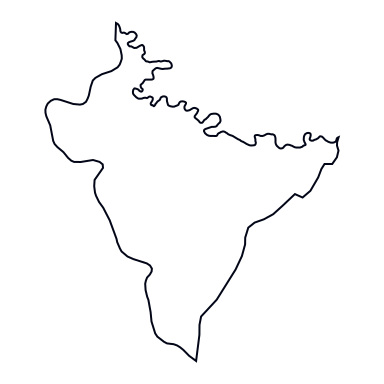 the district of Kim Hyong Jik, Ryanggang, North Korea
{"feature_id": "82179303B57298285068990", "entity_name": "Kim Hyong Jik", "entity_type": "district", "adm_level": 2, "iso_a3": "PRK", "parent_name": "North Korea", "parent_adm1": "Ryanggang", "projection": "equal_earth", "projection_center": [127.249, 41.385], "detail": "fine", "context": "isolated", "style": "outline", "palette": "ink", "viewbox_px": 384, "rotation_deg": 0, "n_neighbors": 0, "source": "geoboundaries", "source_scale": "gbopen_adm2", "svg_char_len": 5900}
<svg xmlns="http://www.w3.org/2000/svg" viewBox="0 0 384 384"><path d="M177.0,345.4L180.1,347.3L183.3,349.9L189.1,355.8L196.1,361.0L199.4,334.9L199.5,324.9L201.1,316.5L216.7,299.7L235.6,269.5L241.9,256.1L245.1,244.4L245.2,237.7L248.3,227.6L254.6,222.6L263.9,219.3L273.2,214.2L282.5,205.8L294.9,194.1L302.6,197.5L310.4,190.8L318.2,177.4L321.4,169.0L324.5,164.0L332.2,164.0L336.9,157.3L338.5,150.6L337.0,145.6L337.1,142.2L338.6,137.2L337.7,137.6L337.0,138.2L336.7,138.8L336.3,140.4L335.8,141.4L334.8,142.1L333.7,142.5L332.8,142.7L330.6,142.6L329.1,142.1L328.1,141.7L326.8,140.9L326.1,140.6L325.5,140.1L324.9,139.6L323.3,137.8L321.9,136.6L320.3,136.3L319.9,136.4L319.6,136.6L318.0,138.3L316.3,139.2L315.8,139.5L314.5,139.8L312.9,140.7L311.5,140.7L310.2,140.2L309.7,139.4L309.7,138.7L310.4,136.8L310.7,135.2L310.6,134.2L310.4,133.7L309.8,133.2L309.0,133.0L308.4,132.9L307.4,133.0L306.7,133.2L305.3,134.0L304.4,135.4L304.1,136.2L304.0,136.7L303.9,137.0L303.7,139.8L304.5,142.1L305.5,144.0L305.6,144.6L305.5,144.9L305.2,145.1L303.6,145.6L303.2,145.8L302.8,146.3L302.3,146.7L300.2,147.5L296.1,147.5L295.0,147.3L293.6,146.7L292.1,145.8L291.3,145.6L289.6,144.9L287.5,144.6L286.2,144.9L285.0,145.7L284.5,146.1L283.3,147.6L282.7,148.1L282.0,148.3L280.8,148.5L279.9,148.3L279.1,147.9L276.9,145.9L276.4,145.2L275.8,143.9L275.5,142.6L275.5,138.6L275.4,137.8L275.0,136.2L274.3,135.1L273.4,134.6L272.6,134.3L271.7,134.4L268.9,133.8L267.8,133.8L266.4,134.2L264.3,135.4L262.5,136.0L260.5,135.9L258.8,135.2L257.5,135.0L255.9,135.1L255.1,135.4L254.9,135.6L254.8,135.9L254.7,136.8L255.4,139.2L255.4,141.1L255.8,142.3L255.8,143.0L255.6,144.0L255.0,144.9L254.7,145.1L253.9,145.3L251.1,145.5L250.2,145.4L249.1,145.1L246.5,143.9L243.1,141.8L242.8,141.8L240.9,140.9L239.9,140.0L238.0,139.2L233.1,136.2L231.8,135.6L230.7,135.3L229.2,134.7L228.0,134.1L226.9,133.1L225.9,132.6L224.9,131.9L223.8,131.5L223.1,131.4L221.6,131.8L220.9,132.0L219.7,132.8L218.5,133.3L217.8,134.0L217.2,135.2L216.9,135.6L216.1,136.0L210.1,135.9L209.1,135.8L207.3,135.1L206.7,134.7L205.0,133.2L204.0,131.2L204.0,130.6L204.3,129.8L204.9,129.3L205.7,128.9L211.6,126.9L214.9,126.8L216.3,126.3L216.7,126.0L217.1,125.3L218.7,123.5L219.8,122.6L220.5,121.0L220.5,120.4L220.4,119.4L219.9,117.0L219.7,116.5L218.7,115.1L217.8,114.4L217.1,114.1L216.0,113.7L213.3,113.7L211.9,113.9L210.7,114.2L210.0,114.7L209.3,115.3L208.1,116.9L206.3,118.6L205.6,119.3L204.6,119.7L204.3,120.0L202.7,122.3L202.2,122.7L201.7,122.8L200.7,122.8L200.0,122.5L199.6,122.1L198.8,121.0L197.9,120.1L195.2,117.9L194.9,117.6L194.6,117.0L194.8,116.0L197.1,113.0L197.7,111.5L198.0,111.1L198.2,110.4L198.1,109.7L197.8,109.4L196.6,108.5L195.4,108.1L194.6,107.9L193.5,108.0L192.7,108.3L189.5,110.2L187.4,110.7L186.3,110.6L185.7,110.3L184.9,109.3L184.6,108.7L184.5,108.2L184.4,107.2L184.6,106.2L185.8,104.0L186.0,103.4L186.0,102.8L185.4,102.1L184.7,101.8L183.8,101.5L182.4,101.3L180.8,101.5L180.1,101.9L179.5,102.5L178.8,103.8L178.5,104.7L177.6,105.3L174.2,106.6L172.9,106.7L170.5,106.3L168.6,105.5L168.2,105.2L167.9,104.5L167.0,101.3L166.9,100.3L166.9,98.6L166.7,97.9L166.4,97.3L165.8,96.8L164.9,96.5L164.4,96.4L163.0,96.4L161.2,97.2L160.7,97.8L159.9,99.7L159.6,100.0L157.4,101.6L156.3,103.1L155.3,104.2L155.3,104.6L154.8,105.4L154.1,106.1L153.5,106.1L152.6,105.1L151.8,105.2L151.4,105.1L150.8,104.2L150.7,103.6L150.8,103.1L152.3,100.7L152.7,99.7L152.8,98.7L152.7,97.9L152.5,97.6L151.9,97.2L150.2,96.5L149.7,96.5L149.1,96.7L147.4,97.9L147.0,98.1L145.1,97.7L143.3,98.0L142.3,98.5L140.7,98.7L138.9,98.7L138.5,98.6L137.8,98.3L137.1,97.8L136.3,97.3L134.0,95.0L133.3,94.0L133.0,93.3L132.9,92.0L133.1,90.6L133.3,89.8L134.3,88.5L134.6,88.4L134.9,88.4L137.1,89.0L138.5,89.7L139.4,90.8L140.4,91.4L140.9,91.6L141.5,91.6L141.9,91.4L142.2,91.1L142.6,90.4L142.7,89.5L142.6,89.1L141.4,88.1L141.1,87.5L140.7,86.7L140.6,85.8L140.6,85.3L140.7,84.8L142.7,83.1L144.7,80.1L145.3,79.7L145.8,79.6L151.5,79.6L152.4,79.4L153.3,78.9L153.5,78.6L153.6,78.0L153.6,77.1L153.1,75.0L152.4,73.3L152.5,71.7L152.6,71.1L152.8,70.8L155.1,68.8L156.2,68.1L157.3,67.9L161.1,68.8L162.8,69.0L164.9,68.7L166.7,68.7L169.9,68.3L170.9,67.8L171.3,67.4L171.7,66.8L171.8,65.3L171.6,64.7L171.3,63.6L170.8,62.9L169.2,61.4L168.4,61.1L167.4,61.2L165.8,60.9L164.2,60.7L163.7,60.8L161.4,61.4L160.7,61.5L159.0,61.0L158.6,61.0L156.2,61.6L154.8,61.6L152.2,61.8L149.8,62.3L147.7,61.5L146.3,61.4L145.9,61.2L144.2,59.2L143.5,58.8L142.6,57.7L142.3,57.1L142.3,56.3L142.6,55.1L144.3,54.0L144.9,53.0L144.8,51.9L144.4,51.0L144.1,50.2L144.1,47.9L144.0,47.0L143.5,46.3L143.4,45.9L142.8,45.3L142.2,45.0L141.5,45.1L139.9,45.8L136.6,47.8L134.2,48.0L131.3,46.4L129.5,46.3L128.5,45.3L127.9,44.4L127.8,43.9L127.9,43.1L128.8,42.3L130.3,41.7L133.0,40.9L134.4,40.1L135.1,38.9L136.4,37.1L136.6,36.2L136.7,35.5L136.4,34.7L136.0,34.0L134.6,32.5L133.2,31.9L131.7,31.8L130.0,32.1L129.0,32.6L128.2,33.6L127.2,34.0L126.8,34.1L126.0,33.7L125.5,33.3L124.6,32.8L123.7,32.6L122.5,32.9L122.0,32.8L121.2,32.5L120.6,31.7L120.5,31.4L120.3,30.4L120.3,29.8L120.0,28.3L119.1,25.8L118.5,24.9L117.9,24.1L116.0,23.0L115.4,40.3L117.4,43.0L120.4,49.0L121.7,55.3L121.8,58.6L120.9,61.5L119.7,64.6L117.6,67.3L111.4,71.1L101.9,74.2L95.5,77.8L92.8,80.5L90.7,86.7L88.8,95.6L87.6,98.7L86.0,101.8L82.9,104.0L80.0,104.6L73.3,104.0L60.5,99.9L57.3,99.2L54.2,99.2L50.8,100.8L47.8,103.5L46.3,106.4L45.4,109.7L45.5,112.8L46.3,116.2L50.2,125.3L53.2,140.9L54.6,144.0L57.4,147.1L63.4,152.1L68.1,157.9L71.3,160.7L74.0,161.9L80.7,162.0L93.0,160.0L99.6,161.9L102.7,164.4L103.0,167.9L94.6,179.9L94.2,186.2L95.0,192.6L96.0,195.7L99.0,201.9L103.2,207.7L109.7,220.3L116.5,238.8L117.2,242.1L119.9,248.4L121.6,251.5L127.5,256.5L133.4,259.1L146.8,263.4L150.0,265.5L151.9,268.6L151.6,271.5L149.8,274.6L147.1,277.5L145.9,280.6L145.2,283.7L145.6,290.2L147.2,296.8L148.4,299.9L150.6,312.1L151.5,321.5L155.2,333.4L157.4,336.7L164.0,341.8L167.0,343.4L173.6,344.2L177.0,345.4Z" fill="none" stroke="#020617" stroke-width="2"/></svg>